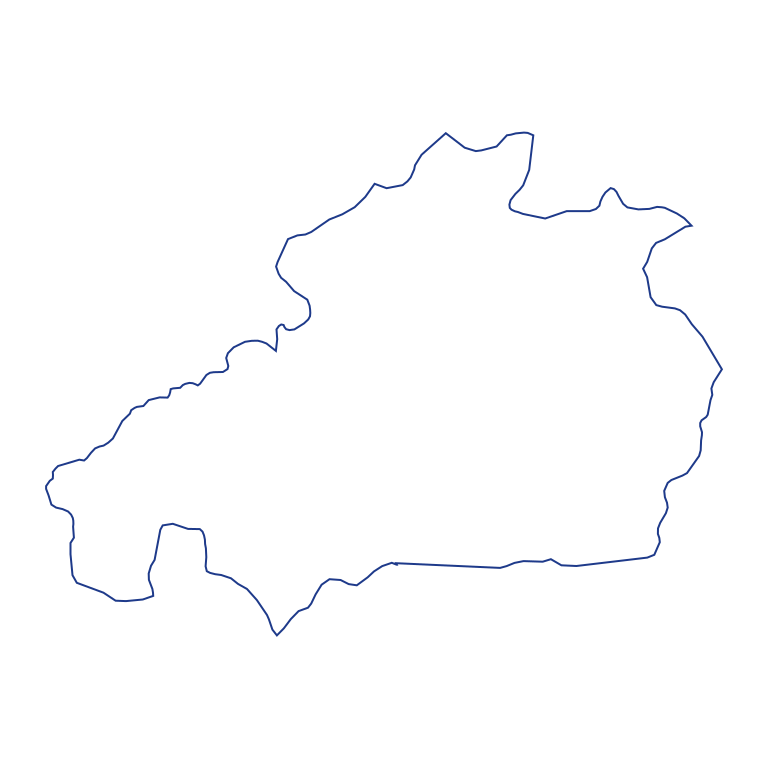 map outline of Castelo Branco (Robinson projection)
{"feature_id": "PRT-751", "entity_name": "Castelo Branco", "entity_type": "District", "adm_level": 1, "iso_a3": "PRT", "parent_name": "Portugal", "parent_adm1": "", "projection": "robinson", "projection_center": [-7.603, 39.986], "detail": "fine", "context": "isolated", "style": "outline", "palette": "blue", "viewbox_px": 768, "rotation_deg": 0, "n_neighbors": 0, "source": "natural_earth", "source_scale": "10m", "svg_char_len": 3230}
<svg xmlns="http://www.w3.org/2000/svg" viewBox="0 0 768 768"><path d="M691.5,225.7L685.4,226.7L664.8,239.3L656.1,242.9L651.8,248.4L647.2,261.9L643.1,268.7L647.1,277.2L650.6,297.2L656.3,305.1L662.1,306.7L674.9,308.4L680.0,310.2L685.2,314.5L691.8,324.2L702.5,336.7L721.9,369.3L713.7,382.2L711.4,388.5L712.3,394.9L710.5,400.1L707.7,414.7L706.2,417.0L701.6,420.3L700.2,423.0L700.2,426.3L702.0,432.2L701.9,435.2L701.1,440.4L700.7,450.3L699.1,456.0L687.0,473.1L682.4,475.6L671.4,480.0L667.7,482.9L664.2,490.9L664.9,497.2L667.0,502.7L667.7,507.6L665.9,513.2L660.2,522.8L658.0,528.4L657.9,533.9L659.3,537.9L659.8,542.2L654.3,554.8L647.3,557.6L576.4,566.0L561.4,565.3L550.9,559.2L542.7,561.7L523.5,561.1L514.5,562.9L506.6,566.1L500.1,567.9L396.1,563.2L396.8,564.7L396.6,564.7L391.8,562.8L382.2,566.1L374.0,571.4L367.7,577.3L356.8,585.3L348.7,584.1L340.6,580.0L329.5,579.2L321.6,584.7L315.6,594.4L311.2,603.6L308.0,607.7L298.6,611.1L290.8,619.1L283.8,628.4L276.9,635.4L272.4,629.6L268.9,619.3L267.0,615.0L256.9,600.1L247.0,589.0L238.0,583.9L231.0,578.3L221.2,575.0L215.2,574.2L210.1,572.9L206.8,571.2L205.6,566.3L206.3,557.2L205.9,548.3L205.1,544.0L204.9,539.6L204.0,535.3L202.5,531.6L199.8,529.1L188.0,528.9L172.8,523.8L162.7,525.4L160.3,529.8L154.6,559.9L151.0,565.8L148.7,573.5L148.9,579.8L152.4,589.0L153.0,592.7L153.2,595.9L142.8,599.5L126.0,601.1L115.6,600.7L103.5,592.7L76.8,582.8L72.5,575.2L70.5,554.2L70.5,543.0L73.9,537.7L73.1,526.7L73.4,524.0L73.3,520.7L72.8,518.0L71.1,514.6L68.1,511.5L62.6,509.1L56.1,507.6L51.4,504.6L48.6,495.5L46.1,488.9L46.1,486.1L49.8,480.8L52.8,478.6L53.0,474.9L52.8,472.0L55.5,468.6L58.1,466.0L79.3,459.7L84.1,460.5L86.9,458.1L90.9,452.9L95.1,448.4L99.6,446.5L103.6,445.6L108.2,442.7L112.9,438.5L122.3,421.0L129.9,413.7L131.2,410.2L134.6,407.9L136.9,406.9L143.4,406.0L148.7,400.1L159.6,397.4L167.6,397.6L169.2,395.3L170.1,392.5L170.7,389.1L173.2,388.4L180.2,387.8L182.8,385.1L185.2,383.9L189.4,382.9L192.7,383.2L195.6,384.3L197.8,385.4L200.1,383.7L206.4,375.0L209.9,372.8L213.7,372.2L222.9,372.0L227.5,369.1L228.3,366.0L226.2,358.0L227.9,353.2L233.7,347.3L245.0,341.8L251.9,340.8L257.8,340.7L262.1,341.8L266.5,343.5L275.9,350.9L277.2,339.2L276.5,329.4L278.9,326.0L281.2,324.5L283.6,325.0L284.4,327.0L286.1,329.2L289.5,330.1L294.4,329.4L304.0,323.4L308.2,319.5L310.0,316.3L310.3,313.0L310.1,309.6L309.6,305.7L307.3,299.7L294.1,291.1L286.1,281.8L281.1,277.8L278.6,273.7L276.1,266.6L277.6,262.0L288.0,239.1L297.4,235.4L305.4,234.5L311.2,232.0L329.3,219.5L342.3,214.3L354.7,207.2L365.3,196.9L374.6,183.8L386.6,188.2L402.7,185.1L407.4,181.4L410.7,177.4L414.2,169.4L415.0,165.3L421.6,154.7L445.8,133.2L464.7,147.7L475.8,151.1L481.3,150.4L496.6,146.5L506.9,135.3L510.9,134.7L515.7,133.4L524.0,132.6L527.7,132.9L533.3,135.3L529.2,169.9L523.2,185.3L519.6,189.8L515.4,193.9L510.6,200.1L509.4,204.6L509.8,207.9L511.5,209.7L514.9,211.3L517.9,212.0L522.9,213.9L533.0,216.0L545.2,218.5L566.8,211.1L589.8,211.1L595.9,209.0L599.4,205.7L600.4,201.5L602.5,196.8L605.4,192.5L610.6,188.1L613.9,189.1L616.5,191.9L618.5,195.9L623.1,203.8L627.4,207.4L638.4,209.4L649.3,208.9L657.1,206.9L662.0,207.3L664.8,207.8L676.9,213.5L684.3,218.3L689.3,223.4L691.3,225.5L691.5,225.7Z" fill="none" stroke="#1e3a8a" stroke-width="2"/></svg>